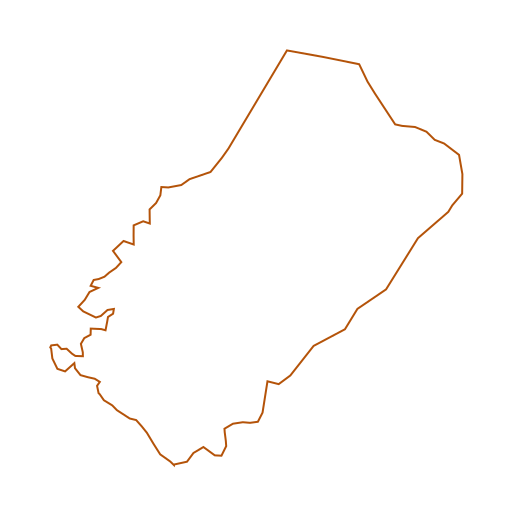 outline of Palaiomylos, Limassol, Cyprus, rotated 266°
{"feature_id": "46923920B61941903243281", "entity_name": "Palaiomylos", "entity_type": "district", "adm_level": 2, "iso_a3": "CYP", "parent_name": "Cyprus", "parent_adm1": "Limassol", "projection": "equal_earth", "projection_center": [32.822, 34.928], "detail": "fine", "context": "isolated", "style": "outline", "palette": "amber", "viewbox_px": 512, "rotation_deg": 266, "n_neighbors": 0, "source": "geoboundaries", "source_scale": "gbopen_adm2", "svg_char_len": 1486}
<svg xmlns="http://www.w3.org/2000/svg" viewBox="0 0 512 512"><g transform="rotate(266 256 256)"><path d="M90.5,246.3L99.3,251.6L130.2,258.7L126.6,269.7L134.4,281.9L162.3,307.2L176.7,339.6L196.2,353.5L213.6,383.4L262.5,418.8L286.6,450.9L292.8,455.3L303.8,466.0L323.3,467.6L342.7,465.6L355.1,451.5L359.4,442.4L368.1,434.7L373.6,423.6L375.6,410.8L377.6,404.0L409.7,386.0L422.2,379.4L440.1,372.3L450.1,336.0L458.9,301.2L365.1,236.0L356.3,228.8L343.0,216.5L337.3,195.1L332.0,186.4L330.5,173.3L331.4,166.4L323.2,164.8L315.8,160.0L309.9,153.1L295.8,152.3L298.5,145.9L295.1,136.1L284.8,135.3L276.0,134.8L280.2,124.9L271.1,113.7L259.3,121.2L253.9,115.5L249.7,108.4L245.9,103.4L244.0,97.5L243.4,92.4L237.8,89.0L235.2,96.4L231.7,87.4L224.2,82.1L217.7,75.2L212.8,79.8L205.8,92.0L207.0,97.0L212.5,104.1L213.1,110.5L208.4,109.4L205.5,104.1L200.6,102.9L192.4,100.7L193.9,96.5L195.1,86.1L189.0,85.5L186.1,79.0L180.6,75.2L172.0,76.5L168.1,76.3L168.9,68.8L171.4,65.6L176.7,60.6L176.7,55.4L181.4,51.6L181.1,45.5L179.2,44.4L177.9,45.2L168.0,45.7L157.3,50.0L154.2,57.5L161.8,67.3L156.7,67.6L149.4,72.6L146.8,79.9L144.8,86.6L141.3,91.4L137.6,88.4L130.1,89.4L129.1,90.4L122.7,94.2L117.0,102.2L111.9,106.5L102.7,118.7L100.7,125.0L94.2,130.0L87.3,134.8L75.9,140.6L64.8,146.6L57.0,156.1L53.1,159.6L53.7,159.7L55.6,172.8L63.9,179.9L69.1,190.2L60.0,201.0L59.2,207.6L68.4,213.0L73.6,213.0L82.5,212.5L85.9,212.5L90.3,221.3L91.1,231.3L90.0,238.4L90.5,246.3Z" fill="none" stroke="#b45309" stroke-width="2"/></g></svg>